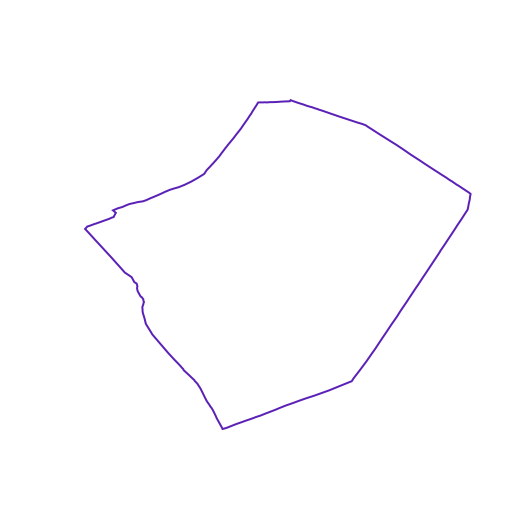 the district of Al-Salman, Al-Muthannia, Iraq, rotated 299°
{"feature_id": "34846034B73479794656328", "entity_name": "Al-Salman", "entity_type": "district", "adm_level": 2, "iso_a3": "IRQ", "parent_name": "Iraq", "parent_adm1": "Al-Muthannia", "projection": "orthographic", "projection_center": [45.251, 30.248], "detail": "fine", "context": "isolated", "style": "outline", "palette": "violet", "viewbox_px": 512, "rotation_deg": 299, "n_neighbors": 0, "source": "geoboundaries", "source_scale": "gbopen_adm2", "svg_char_len": 3801}
<svg xmlns="http://www.w3.org/2000/svg" viewBox="0 0 512 512"><g transform="rotate(299 256 256)"><path d="M196.8,93.4L196.2,95.3L195.1,98.7L192.0,107.8L188.9,117.3L187.8,120.5L186.0,126.0L184.2,131.4L182.4,136.5L181.0,140.6L178.1,148.8L177.9,149.4L177.6,153.2L177.2,157.5L174.2,162.2L174.0,165.0L172.7,166.3L172.1,166.9L170.6,167.4L170.0,167.7L168.6,168.9L168.1,169.3L167.3,170.5L165.2,173.8L164.6,174.9L164.6,176.1L163.9,177.5L163.7,178.2L163.1,178.6L161.9,179.7L161.3,180.4L160.4,180.4L159.0,180.9L157.1,181.2L156.2,181.4L155.9,181.5L154.7,182.4L153.2,183.3L152.2,183.9L151.4,184.6L150.3,185.7L149.0,187.1L147.3,188.8L145.8,190.2L144.8,191.1L144.1,191.9L143.5,192.2L142.2,194.4L140.6,197.3L139.8,198.7L138.3,201.4L137.2,203.2L136.5,205.0L134.7,209.9L130.5,221.1L128.4,226.8L127.1,230.9L125.7,235.0L124.4,239.4L123.2,243.1L122.3,245.5L122.0,246.6L121.8,247.2L121.0,248.2L120.6,250.1L119.9,253.0L118.8,257.3L118.0,260.3L117.7,261.8L116.9,263.4L116.4,265.1L116.1,266.0L115.8,266.9L115.2,267.9L114.2,269.8L113.1,271.8L111.8,273.7L110.5,275.6L108.9,277.9L107.9,279.3L107.1,280.4L106.7,281.1L105.4,283.0L104.3,285.1L103.2,287.5L102.3,288.9L101.6,290.7L101.0,291.7L100.6,292.5L99.7,293.9L97.8,296.6L96.4,298.6L95.0,300.4L93.5,302.8L92.3,304.7L91.6,305.9L91.0,306.8L90.0,308.4L89.0,310.0L88.5,310.6L89.8,312.0L91.3,313.5L94.1,315.8L99.2,320.0L103.7,324.0L106.8,326.7L110.1,329.7L112.9,332.2L115.1,334.0L118.2,336.9L118.5,337.2L123.3,341.1L126.6,343.9L130.9,347.5L134.6,350.4L139.5,354.4L142.5,357.1L146.8,360.9L150.1,363.7L155.7,368.7L161.9,374.5L168.6,380.4L173.7,384.9L183.0,392.4L191.3,399.1L192.8,400.4L195.2,400.6L196.0,400.6L200.0,401.2L206.5,402.2L217.7,403.7L226.6,404.6L232.8,405.3L238.3,405.7L244.5,406.2L252.3,406.9L262.3,407.7L265.8,408.1L268.8,408.4L271.9,408.7L277.6,409.0L289.8,410.1L295.6,410.5L296.4,410.6L305.4,411.3L309.2,411.7L317.5,412.3L324.3,412.9L330.8,413.4L339.4,414.1L344.5,414.5L348.4,414.8L350.2,414.8L352.3,415.0L356.5,415.4L364.3,416.0L370.6,416.5L375.8,416.9L380.7,417.2L387.3,417.8L393.3,418.2L397.4,418.5L399.2,418.6L400.9,418.1L405.0,416.7L408.9,415.6L412.0,414.3L413.2,414.0L414.3,413.6L414.6,412.2L414.8,410.4L414.9,408.5L415.1,406.3L415.7,398.7L415.7,396.9L415.9,394.9L416.3,390.9L416.3,389.0L416.8,384.0L417.1,378.7L417.7,369.5L418.2,362.7L418.5,358.4L419.0,352.6L419.7,342.1L420.5,334.2L421.1,327.2L421.3,324.8L421.6,318.3L422.0,311.4L422.3,305.8L422.5,302.7L423.3,290.6L423.5,288.8L423.4,287.6L422.8,284.0L421.9,280.0L420.7,273.7L419.9,269.4L419.1,265.3L418.4,261.6L417.8,258.5L417.8,258.1L416.9,253.2L415.6,245.6L414.8,241.4L414.4,239.5L414.4,238.7L413.8,236.2L413.3,233.0L412.5,229.8L412.0,227.5L411.5,224.1L410.8,220.8L410.2,217.7L409.7,214.8L409.3,212.4L409.2,211.7L409.1,210.7L408.2,210.6L407.8,210.6L407.0,209.4L405.1,206.2L402.9,202.7L400.1,198.4L398.5,195.7L397.3,193.6L395.4,190.7L394.8,189.3L393.5,187.3L392.6,185.6L391.7,184.0L391.2,183.4L389.9,183.4L387.8,183.3L384.9,183.1L383.4,183.0L380.8,182.8L378.0,182.8L374.8,182.4L372.4,182.3L364.2,181.4L360.5,181.1L356.7,180.5L354.8,180.2L353.2,179.9L348.8,179.3L345.5,178.7L341.3,177.9L339.8,177.6L338.1,177.4L336.0,177.0L333.1,176.6L331.5,176.4L329.9,176.1L328.2,175.9L326.6,175.7L324.4,175.4L323.4,175.1L322.6,175.0L320.0,174.4L316.4,173.6L313.3,172.8L311.9,172.5L309.0,171.7L306.9,171.2L306.4,171.2L302.7,170.9L295.7,167.0L289.4,163.1L283.6,159.0L278.8,155.1L274.8,151.1L273.6,150.0L272.4,148.8L268.1,145.4L263.8,142.3L262.6,141.4L259.0,138.6L255.1,135.5L251.6,132.9L249.0,130.6L245.9,126.5L243.0,123.4L240.2,120.2L237.2,117.7L234.0,115.3L230.7,112.0L226.6,108.8L225.8,112.5L224.3,112.5L222.9,112.5L221.1,112.6L219.3,111.0L217.5,109.7L214.4,107.0L211.1,104.1L206.9,100.4L205.1,98.7L202.5,96.5L200.5,94.7L200.0,94.1L199.0,94.0L197.8,93.6L196.8,93.4Z" fill="none" stroke="#5b21b6" stroke-width="2"/></g></svg>